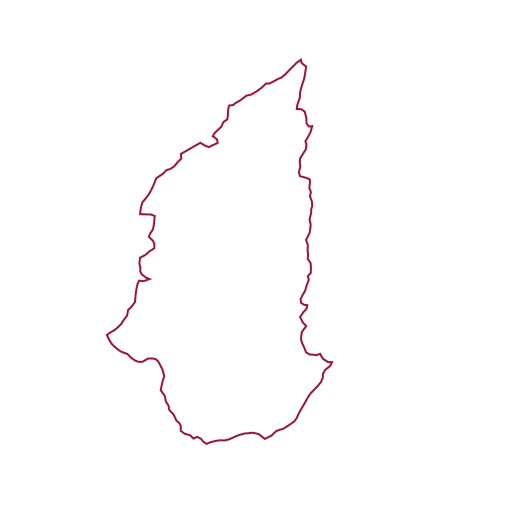 the district of Ribeirão Bonito, São Paulo, Brazil, rotated 35°
{"feature_id": "56859067B30092446236699", "entity_name": "Ribeirão Bonito", "entity_type": "district", "adm_level": 2, "iso_a3": "BRA", "parent_name": "Brazil", "parent_adm1": "São Paulo", "projection": "equal_earth", "projection_center": [-48.189, -22.038], "detail": "fine", "context": "isolated", "style": "outline", "palette": "rose", "viewbox_px": 512, "rotation_deg": 35, "n_neighbors": 0, "source": "geoboundaries", "source_scale": "gbopen_adm2", "svg_char_len": 2944}
<svg xmlns="http://www.w3.org/2000/svg" viewBox="0 0 512 512"><g transform="rotate(35 256 256)"><path d="M180.2,69.5L178.4,74.5L177.6,79.7L176.6,85.1L175.8,90.5L174.4,95.4L172.6,98.1L170.6,102.2L168.1,107.0L165.3,109.0L164.2,114.4L162.2,120.5L159.6,126.3L156.1,130.3L155.0,134.1L153.5,138.3L151.7,141.9L150.6,145.5L147.7,148.2L149.2,152.0L151.6,155.8L154.1,160.4L152.5,165.0L153.4,169.9L151.6,179.0L151.9,182.7L154.7,182.6L157.5,183.0L159.7,185.5L156.7,190.5L155.0,193.8L151.1,194.8L145.5,195.2L135.9,215.5L138.9,219.0L137.9,224.4L137.6,229.5L136.0,233.6L133.3,237.2L132.6,242.0L129.7,249.4L131.2,255.7L132.3,261.8L132.8,266.5L132.6,272.1L132.2,277.3L134.1,282.7L137.1,288.2L146.1,282.3L150.0,281.3L153.4,287.0L156.3,293.1L156.4,297.8L157.2,301.8L160.2,302.2L163.3,302.8L166.2,304.8L168.2,308.1L166.0,313.3L164.8,318.5L162.0,323.9L164.8,329.1L168.0,331.9L169.9,334.9L172.9,336.6L178.3,336.8L182.0,335.9L178.3,341.2L174.4,343.2L175.0,346.8L176.8,351.3L179.6,356.8L183.3,363.1L183.1,369.3L182.2,373.5L184.6,378.9L184.3,384.9L184.6,388.7L183.7,393.8L182.7,397.6L180.6,402.0L179.2,406.2L182.3,408.1L184.9,409.4L188.5,410.8L192.3,411.4L196.8,411.8L200.3,411.7L203.9,410.9L206.7,410.0L212.1,411.0L217.2,411.0L220.8,409.9L223.8,407.6L226.3,402.0L229.8,399.4L232.9,398.0L236.2,398.4L239.5,400.0L244.6,402.7L249.7,407.0L251.5,412.6L253.3,416.9L255.0,420.7L258.1,421.7L261.8,423.1L265.6,426.9L270.1,428.7L273.2,431.8L279.5,433.2L285.3,436.5L289.1,436.9L291.8,438.3L294.6,442.4L299.4,442.5L305.1,440.6L309.5,441.4L311.5,437.9L315.7,437.3L319.1,438.3L323.2,438.3L325.6,434.6L329.1,430.5L332.1,427.7L336.0,425.1L338.9,421.9L341.1,418.3L344.1,413.3L348.3,408.1L351.8,405.2L354.7,402.6L360.1,400.4L363.9,400.5L368.1,400.8L371.7,394.2L372.9,388.0L375.1,384.7L377.5,381.8L380.2,375.1L382.2,369.7L382.3,365.3L381.5,361.8L380.8,355.3L380.3,349.0L379.5,341.4L379.5,337.0L380.4,331.9L381.1,327.1L381.5,322.1L380.6,317.5L378.4,314.1L378.0,309.4L379.8,303.5L379.2,299.4L375.8,301.6L369.8,301.8L364.6,299.4L362.4,302.6L359.9,303.8L356.5,305.9L352.3,306.2L348.1,303.4L343.4,300.7L340.7,298.4L338.9,295.6L337.1,291.6L337.3,284.5L332.5,283.6L327.1,280.7L327.0,274.9L327.7,270.4L326.2,266.9L323.6,268.3L319.8,268.6L317.3,265.7L316.6,261.9L316.2,256.3L314.4,251.2L312.9,245.2L310.0,242.8L310.6,238.5L307.4,233.6L304.7,230.4L300.1,228.7L297.6,224.7L295.1,221.9L292.2,217.3L287.7,214.1L286.8,206.8L284.6,202.1L282.8,199.0L278.8,195.2L276.5,189.1L274.5,186.2L273.2,182.5L270.1,178.9L265.9,176.1L264.4,172.3L260.5,169.5L258.4,165.4L256.3,162.5L253.5,162.8L250.0,164.0L246.3,165.4L243.1,162.8L241.0,157.2L238.3,154.4L236.2,151.0L235.9,146.0L235.6,140.0L233.5,135.9L230.6,133.6L230.3,128.2L229.6,123.1L227.5,117.4L225.2,119.6L221.4,118.5L218.0,114.0L213.1,109.8L208.9,109.8L205.1,112.2L203.1,108.4L201.2,101.4L198.6,97.2L197.0,93.5L195.2,88.2L193.9,83.5L191.8,78.9L190.2,75.6L188.4,72.0L185.4,72.0L182.4,71.6L180.2,69.5Z" fill="none" stroke="#9f1239" stroke-width="2"/></g></svg>